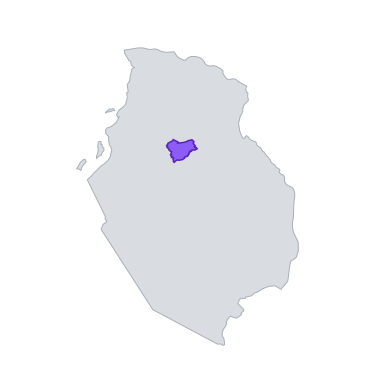 Kilolo, Iringa, United Republic of Tanzania shown in context, rotated 208°
{"feature_id": "72390352B38467377597679", "entity_name": "Kilolo", "entity_type": "district", "adm_level": 2, "iso_a3": "TZA", "parent_name": "United Republic of Tanzania", "parent_adm1": "Iringa", "projection": "mercator", "projection_center": [36.065, -7.785], "detail": "fine", "context": "in_parent", "style": "filled", "palette": "violet", "viewbox_px": 384, "rotation_deg": 208, "n_neighbors": 0, "source": "geoboundaries", "source_scale": "gbopen_adm2", "svg_char_len": 7473}
<svg xmlns="http://www.w3.org/2000/svg" viewBox="0 0 384 384"><g transform="rotate(208 192 192)"><path d="M147.3,261.2L143.6,259.2L140.2,258.1L137.5,256.7L136.2,255.4L133.7,254.9L131.4,254.7L129.4,253.5L125.1,253.1L124.6,252.3L124.6,250.5L123.8,250.1L122.3,249.6L120.6,249.6L119.6,249.9L119.0,249.8L117.6,248.7L116.4,247.4L115.9,245.3L113.9,243.9L111.7,242.8L105.5,242.9L104.5,242.6L103.0,241.6L101.3,239.8L99.9,237.8L98.7,235.0L97.4,231.3L90.3,216.6L89.6,213.8L88.2,210.7L85.9,206.9L83.5,204.1L80.2,201.6L76.5,199.0L74.5,197.3L70.7,190.4L69.9,187.2L69.3,183.8L69.5,182.5L71.9,178.1L72.2,176.9L71.9,175.3L70.7,171.9L69.2,167.7L66.2,160.1L65.7,158.2L65.8,156.7L67.6,149.0L67.6,148.0L74.7,148.1L79.9,144.7L84.4,139.7L85.3,137.6L87.2,134.3L89.0,132.7L89.7,131.6L90.7,128.4L93.1,126.2L95.4,124.5L94.9,123.4L95.3,122.9L96.5,122.1L99.0,121.3L99.5,119.6L99.5,117.7L99.1,116.6L99.1,115.4L98.8,114.7L97.2,114.5L94.8,113.6L92.8,113.2L91.4,112.6L90.9,112.2L90.7,111.0L91.8,108.1L90.7,106.9L93.2,102.0L93.6,101.4L94.5,101.3L96.0,100.8L97.3,100.6L98.4,100.8L99.2,100.6L99.9,100.0L100.5,98.4L100.9,95.6L100.7,93.3L99.6,91.6L99.4,89.0L99.8,85.4L99.5,82.4L98.4,80.1L97.2,78.7L95.4,78.0L92.6,74.4L91.7,72.6L91.9,71.6L92.9,71.1L94.7,71.3L96.3,70.8L97.9,69.8L99.4,69.6L100.2,69.7L171.3,69.7L254.3,116.1L254.7,116.6L255.3,120.6L255.2,122.0L253.9,124.3L253.5,125.5L253.5,126.3L253.8,126.6L254.9,126.8L255.9,127.3L256.2,127.7L256.9,129.5L257.8,130.3L289.4,153.1L290.1,153.5L289.7,155.4L287.9,160.0L287.8,162.0L287.1,164.2L286.4,165.8L284.6,172.3L283.1,174.7L281.0,180.5L280.7,184.9L281.8,187.9L282.2,190.8L284.7,193.6L286.6,194.6L287.9,195.9L290.3,198.9L291.6,201.8L295.8,203.3L297.5,206.6L296.9,208.9L294.9,210.8L293.1,213.9L291.6,217.9L291.6,224.1L292.6,223.1L294.8,224.6L295.1,229.2L292.8,234.5L292.1,237.0L292.0,239.1L293.6,245.4L296.2,248.7L296.0,249.7L295.3,250.5L299.6,256.3L299.3,261.3L300.9,265.1L301.6,268.5L302.6,271.1L302.8,272.9L301.5,274.8L304.7,275.3L306.5,277.0L307.4,278.5L309.6,278.4L310.9,279.5L312.6,280.4L316.6,283.0L317.6,284.3L318.3,285.5L307.5,293.7L303.6,295.9L300.8,296.8L297.9,297.4L295.0,298.7L292.4,300.7L289.0,301.7L284.8,301.7L280.4,303.2L273.6,307.4L269.6,305.1L266.4,304.3L262.8,304.4L260.6,304.7L259.8,305.2L259.1,306.6L258.5,309.0L256.2,311.3L252.0,313.5L248.2,314.3L244.7,313.8L242.3,312.8L241.1,311.6L239.3,311.0L236.9,311.1L234.6,312.0L232.4,313.7L228.8,314.4L224.0,314.2L221.4,313.4L221.1,312.0L218.9,310.3L215.1,308.4L212.2,308.4L210.4,310.2L208.7,311.3L207.2,311.8L205.8,311.9L203.9,311.4L198.6,311.2L193.5,311.2L193.0,308.6L191.9,307.0L191.0,306.0L189.3,305.8L188.8,305.0L188.2,303.4L187.4,302.0L186.2,300.8L185.5,299.7L185.3,298.8L185.5,297.7L186.5,294.9L186.9,293.1L186.7,291.2L186.2,289.2L185.0,286.9L185.1,286.3L184.7,284.7L184.7,283.6L184.9,282.2L184.7,280.4L183.6,276.5L183.6,275.5L182.5,273.7L179.2,269.2L179.0,268.7L173.8,264.2L171.6,263.2L170.9,264.1L170.6,264.8L170.8,266.3L170.7,267.0L170.5,267.3L169.2,267.2L168.4,267.1L166.4,265.9L164.9,265.6L161.0,265.8L159.7,266.1L158.6,265.8L156.6,263.8L154.2,263.3L152.0,263.2L148.5,260.9L147.3,261.2ZM296.3,187.2L298.1,192.1L297.8,193.0L296.6,193.6L296.0,193.6L295.2,192.8L294.7,191.2L293.8,191.6L292.2,189.6L290.6,189.5L289.2,187.2L289.8,185.2L289.4,181.7L291.1,179.9L292.1,176.9L293.2,179.0L293.4,182.1L294.9,185.9L296.3,187.2ZM304.7,158.3L304.8,159.5L304.5,160.6L304.6,164.0L304.4,166.3L303.1,169.5L302.1,170.6L301.1,170.3L300.3,169.7L299.7,168.9L301.0,163.1L300.3,158.8L302.8,159.2L304.7,158.3ZM301.2,228.4L300.0,228.7L299.5,228.4L298.7,227.5L300.1,226.7L301.3,225.1L304.3,222.8L305.6,220.9L305.4,222.7L303.8,226.7L302.3,226.9L301.2,228.4Z" fill="#d9dde1" stroke="#a8b0b8" stroke-width="1"/><path d="M221.6,209.9L221.5,210.4L221.4,210.6L221.2,211.3L221.0,211.6L220.9,212.0L220.7,212.4L220.6,212.6L220.4,213.0L220.2,213.2L220.1,213.3L219.5,213.5L219.1,213.7L218.6,213.9L218.3,214.0L218.0,214.1L217.9,214.2L217.8,214.3L217.5,214.7L217.2,215.0L216.7,215.3L216.4,215.5L216.1,215.7L215.8,216.0L215.7,216.2L215.5,216.3L215.4,216.4L215.4,216.5L215.3,216.9L215.2,217.1L215.1,217.3L215.1,217.5L215.1,217.8L214.7,218.0L214.4,218.2L214.4,218.3L214.5,218.3L214.7,218.5L214.8,218.9L214.8,219.1L214.7,219.4L214.6,219.7L214.5,219.8L214.4,220.0L214.3,220.3L214.2,220.4L213.7,220.9L213.5,221.0L213.3,221.1L213.2,221.0L212.8,221.6L212.7,221.8L212.5,222.1L212.6,222.4L212.6,222.5L212.8,222.7L212.8,222.8L212.9,223.0L213.0,223.2L213.0,223.3L212.9,223.4L212.7,223.5L212.5,223.9L212.4,224.1L212.5,224.3L212.8,224.3L212.7,224.5L212.7,224.9L212.7,225.0L212.8,225.0L212.9,225.4L212.9,225.5L213.0,225.7L212.9,225.8L213.0,225.9L213.0,226.0L212.9,226.2L212.8,226.4L212.7,226.5L212.8,226.6L212.7,226.6L212.4,226.9L212.4,227.0L212.2,227.2L212.2,227.3L212.1,227.2L212.0,227.4L211.9,227.5L211.6,227.9L211.5,228.0L211.5,228.3L211.6,228.5L211.8,228.8L211.8,229.0L211.7,229.1L211.4,229.2L211.3,229.3L211.2,229.4L211.2,229.5L210.9,229.7L210.8,229.8L210.5,229.8L210.2,229.9L210.1,230.0L209.9,230.0L209.7,230.1L209.7,230.3L209.4,230.4L209.1,230.6L208.9,230.7L208.9,230.8L208.9,231.0L208.8,231.4L208.7,231.5L208.4,231.7L208.3,231.8L208.1,231.8L208.0,232.0L207.8,232.2L207.8,232.3L207.7,232.5L207.8,232.7L208.0,232.8L208.3,232.8L208.5,232.9L208.6,233.0L208.8,233.0L209.1,233.1L209.3,233.0L209.5,233.0L209.8,233.0L210.0,232.9L210.2,233.0L210.4,232.8L210.7,232.7L210.8,232.7L211.0,232.9L210.9,233.0L211.0,233.2L211.1,233.3L211.2,233.5L211.1,233.8L211.2,234.0L210.8,234.3L211.0,234.4L211.2,234.5L211.3,234.5L211.5,234.6L212.3,235.0L212.7,235.0L212.8,235.1L213.1,235.2L213.2,235.3L213.4,235.4L213.6,235.5L213.8,235.6L213.9,235.8L213.9,236.0L213.8,236.3L213.8,236.7L213.8,236.9L213.8,237.0L214.0,237.1L214.1,237.3L214.3,237.4L214.3,237.5L214.5,237.5L214.8,237.6L215.0,237.7L215.4,237.8L215.9,237.9L216.0,237.9L216.2,238.0L216.7,238.1L217.2,237.4L217.6,237.1L217.8,236.9L218.2,236.6L218.8,236.1L219.0,236.0L219.5,235.5L219.7,235.3L219.9,234.8L220.2,234.4L220.3,234.2L220.9,233.5L221.4,233.0L221.7,232.7L223.1,231.5L223.9,230.8L224.3,230.7L224.7,230.4L225.6,229.8L225.9,229.6L226.5,229.3L227.6,228.5L227.6,229.5L228.0,229.6L229.2,229.6L229.7,229.5L232.7,229.5L233.2,229.5L233.2,229.4L233.0,229.2L233.0,228.5L233.1,228.2L233.3,228.0L233.5,227.7L233.9,227.1L234.0,227.0L234.8,225.7L235.5,224.8L235.5,224.6L235.7,224.3L235.9,224.0L236.0,223.8L236.0,223.7L235.9,223.4L235.9,223.2L236.0,223.2L235.9,222.9L236.2,221.0L236.2,220.9L235.9,220.9L235.4,220.9L235.0,220.9L234.9,220.8L234.8,220.7L234.9,220.4L235.0,220.0L235.0,219.7L234.9,219.6L234.7,219.7L234.4,219.6L234.2,219.5L233.7,219.4L232.8,219.3L232.5,219.1L232.3,218.7L232.1,218.4L231.9,218.2L231.7,218.1L231.4,218.2L231.0,218.3L230.6,218.2L230.3,217.8L229.5,217.9L229.3,218.0L229.0,218.0L228.9,217.9L228.9,217.6L228.8,217.4L228.8,217.0L228.7,216.8L228.6,216.7L228.6,216.2L228.5,215.9L228.2,215.5L228.1,215.4L227.9,215.4L228.0,215.4L227.9,215.2L228.0,215.1L227.9,215.1L228.0,215.0L228.0,214.7L228.0,214.4L227.9,214.3L227.8,214.2L227.7,214.0L227.4,214.0L227.3,213.9L227.1,213.8L226.9,213.8L226.8,213.7L226.7,213.6L226.4,213.5L226.2,213.5L226.1,213.4L226.1,213.2L226.0,213.3L225.8,213.4L225.7,213.4L225.5,213.5L225.3,213.6L225.1,213.6L224.9,213.6L224.7,213.7L224.4,213.6L224.2,213.3L224.3,213.2L224.2,213.0L224.2,212.9L224.3,212.8L224.4,212.7L224.3,212.4L224.2,212.1L223.9,211.8L223.9,211.7L223.7,211.6L223.5,211.4L223.4,211.3L223.3,211.2L223.2,211.0L223.1,210.9L223.0,210.6L222.9,210.4L222.7,210.1L222.3,209.9L221.9,210.0L221.6,209.9Z" fill="#8b5cf6" stroke="#5b21b6" stroke-width="1.5"/></g></svg>